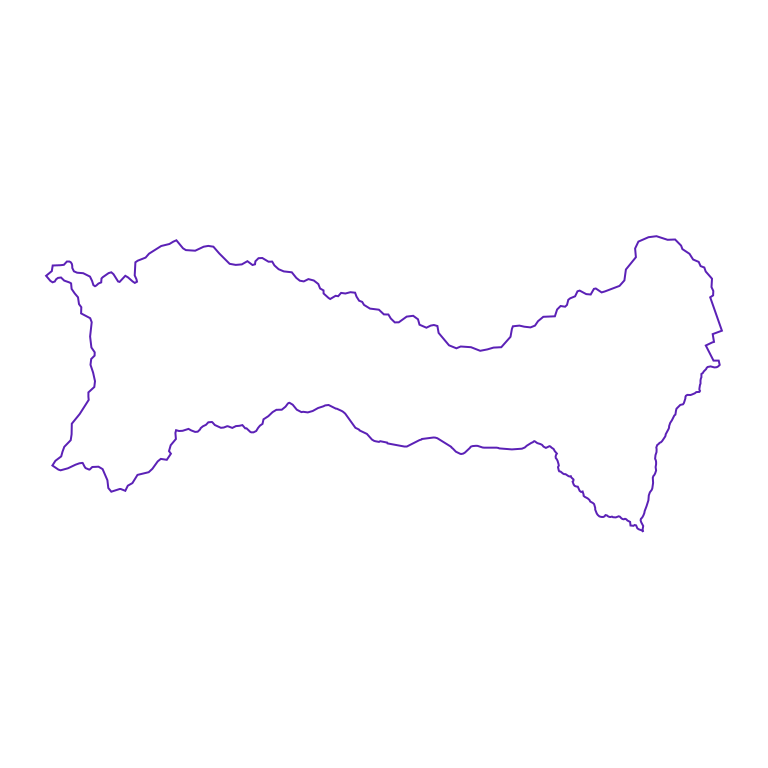 the district of Guichón, Paysandú, Uruguay
{"feature_id": "84410073B13799426117968", "entity_name": "Guichón", "entity_type": "district", "adm_level": 2, "iso_a3": "URY", "parent_name": "Uruguay", "parent_adm1": "Paysandú", "projection": "robinson", "projection_center": [-56.915, -32.321], "detail": "fine", "context": "isolated", "style": "outline", "palette": "violet", "viewbox_px": 768, "rotation_deg": 0, "n_neighbors": 0, "source": "geoboundaries", "source_scale": "gbopen_adm2", "svg_char_len": 6056}
<svg xmlns="http://www.w3.org/2000/svg" viewBox="0 0 768 768"><path d="M390.8,318.5L388.4,314.5L383.9,314.4L378.9,309.7L370.0,308.6L364.0,304.9L362.2,301.9L359.1,300.7L356.5,296.6L355.1,292.7L350.4,292.2L345.4,293.5L341.1,292.9L338.2,296.2L335.6,295.8L330.2,299.0L328.6,298.0L323.6,293.5L323.5,290.4L320.1,288.5L318.3,284.0L313.8,280.5L308.4,279.1L303.8,281.4L299.8,280.7L296.3,277.9L291.8,272.3L283.8,271.4L278.6,269.2L274.4,265.4L272.2,261.6L268.5,261.7L262.3,258.0L258.5,258.2L255.4,261.3L255.0,264.3L252.5,265.0L247.4,261.2L241.8,264.4L235.7,264.9L229.6,263.8L219.3,253.5L213.4,246.7L208.3,245.9L203.7,246.7L195.2,250.7L185.9,250.1L183.0,248.3L176.4,240.3L173.4,241.6L169.4,244.0L161.2,246.0L149.0,253.7L145.6,257.6L137.7,260.7L135.4,262.3L134.7,275.4L136.5,279.4L137.0,281.7L134.8,282.9L132.7,281.5L127.9,277.3L125.3,275.8L119.6,281.9L118.1,281.5L113.5,274.2L111.3,272.3L108.6,273.1L102.6,277.3L101.5,278.5L101.2,282.4L98.5,283.5L96.3,285.5L95.0,286.2L93.4,285.1L92.1,281.0L90.0,276.6L83.2,273.2L77.1,272.7L73.9,271.3L72.3,268.0L72.2,265.5L71.8,263.8L70.8,262.3L69.4,261.5L66.9,261.5L63.9,264.8L60.6,265.2L52.7,265.5L51.8,271.1L46.1,275.8L50.4,280.9L52.6,282.3L54.8,281.5L56.1,279.3L58.0,277.9L61.0,277.5L64.2,280.6L69.6,282.5L71.1,283.4L71.6,288.9L74.7,293.4L78.0,297.3L79.0,304.1L81.3,307.2L81.1,313.4L90.2,318.2L91.7,322.2L90.1,336.5L91.4,347.5L94.7,352.3L94.6,355.6L91.2,359.0L90.5,364.8L93.1,372.6L95.0,381.2L94.3,387.0L88.4,392.4L88.4,396.7L88.7,399.9L79.7,414.0L71.8,423.7L71.6,434.3L70.7,440.2L64.3,446.8L62.5,451.7L61.2,456.4L55.4,460.8L52.4,465.5L58.4,469.6L60.6,470.3L67.9,468.3L75.5,464.7L79.4,463.3L82.3,462.9L82.7,463.0L84.6,466.7L85.6,468.1L89.2,469.6L89.7,469.5L92.3,467.0L98.5,466.7L102.6,469.1L107.4,480.2L108.3,488.0L111.3,491.7L119.7,489.0L120.7,489.0L125.3,490.8L127.8,485.7L132.4,483.1L137.5,474.9L148.7,472.2L152.4,468.8L157.7,461.4L160.8,458.9L166.8,459.8L170.9,453.7L169.0,451.1L170.7,445.2L175.9,439.0L175.4,432.9L176.1,430.2L179.0,431.0L182.6,430.8L188.5,428.9L191.2,430.4L195.1,431.9L197.7,431.7L200.0,429.5L200.7,428.1L202.9,426.3L206.0,424.8L208.3,422.3L211.9,422.0L212.4,422.3L214.8,425.0L220.9,427.8L223.8,427.5L227.2,426.2L228.3,426.4L232.3,427.9L235.9,426.1L239.4,425.8L242.4,425.1L245.2,428.3L246.5,428.3L250.3,431.9L251.2,432.3L253.6,432.3L256.2,431.0L258.1,427.9L260.0,425.6L262.5,423.9L263.5,419.3L268.3,416.2L272.6,412.1L276.4,409.8L281.8,409.7L285.5,406.7L287.9,403.5L288.6,403.0L289.5,402.8L292.7,404.7L296.8,409.7L301.4,412.1L303.2,411.8L307.8,412.4L312.7,411.0L318.1,408.0L323.4,406.3L325.2,405.4L328.6,405.0L336.0,408.7L336.8,408.7L341.8,411.0L343.1,411.8L345.2,413.6L355.4,427.8L358.3,429.2L359.3,429.8L359.5,430.4L366.9,433.9L372.0,439.6L374.2,440.9L375.7,441.3L379.0,441.9L380.2,441.2L387.2,442.6L387.5,443.4L404.2,446.5L406.9,446.5L419.5,440.1L421.5,439.5L421.9,439.0L433.5,437.5L435.2,437.6L437.3,438.2L451.3,446.9L451.4,447.4L452.9,448.6L455.9,451.7L460.2,453.8L461.2,454.0L463.2,453.6L464.9,452.6L469.7,448.1L470.8,446.7L472.5,446.1L476.0,445.8L477.7,445.9L482.6,447.5L484.5,447.7L496.8,447.7L498.6,448.0L499.2,448.4L511.9,449.4L521.9,448.7L524.8,447.5L526.8,445.7L531.3,442.9L532.9,442.2L533.9,441.3L534.6,441.2L537.3,443.1L540.5,444.1L542.1,444.9L543.5,446.6L545.9,447.9L549.4,446.2L550.4,446.5L551.5,447.6L553.6,449.0L554.8,451.2L556.9,453.6L556.1,454.8L555.6,456.5L555.8,458.1L556.8,459.3L557.6,460.9L558.5,464.0L558.8,465.6L558.0,467.1L558.7,470.2L559.2,471.3L560.6,471.6L562.9,473.5L564.0,474.1L565.6,474.2L568.6,476.2L569.8,476.5L570.8,476.2L571.3,477.4L573.5,479.5L573.4,480.8L572.6,481.6L573.7,484.6L574.6,485.8L576.3,486.5L577.8,486.7L579.7,490.9L581.2,492.0L582.6,491.5L583.6,494.6L583.6,495.8L584.7,496.8L587.7,498.4L589.5,500.0L590.2,501.5L592.9,503.0L594.1,504.1L595.2,507.9L595.2,509.6L596.8,513.6L597.8,515.0L599.4,516.4L601.2,516.9L603.1,517.0L604.5,516.4L605.5,515.1L606.9,515.4L608.0,516.3L609.3,516.9L610.5,517.0L612.0,516.6L613.0,517.2L615.8,517.4L618.7,516.3L619.9,516.7L621.2,518.1L622.4,519.0L623.8,519.3L625.0,518.8L626.3,519.3L627.4,520.5L630.1,521.9L630.5,525.5L633.5,525.8L634.6,525.0L636.1,525.4L637.4,528.4L639.0,529.4L641.9,530.4L643.2,531.8L642.6,529.5L643.2,526.0L641.2,522.2L640.6,520.4L640.9,518.9L642.3,517.4L643.4,515.4L644.3,513.1L644.7,511.0L646.5,506.3L648.4,500.3L648.8,495.4L649.9,492.3L651.7,489.9L652.3,488.4L653.1,482.9L652.8,477.7L653.4,476.0L654.3,475.0L655.1,473.5L656.1,470.5L655.6,467.1L656.1,464.2L656.1,461.9L655.8,460.3L655.1,458.7L655.5,455.1L656.5,452.1L656.6,449.0L656.3,447.6L656.8,446.1L657.3,444.9L658.6,444.0L659.5,442.9L661.0,442.2L662.1,441.1L665.0,436.8L665.5,435.8L665.7,434.3L668.6,428.9L669.1,427.5L669.1,426.2L670.2,422.9L671.9,420.3L674.3,415.5L675.4,414.6L676.0,410.6L676.5,408.7L680.3,404.9L683.0,404.3L683.8,403.2L684.4,401.5L685.4,398.3L685.4,397.0L685.9,395.8L687.3,394.9L690.5,395.0L691.7,394.6L694.8,393.3L696.3,392.1L699.4,391.9L700.0,390.9L699.4,389.7L699.4,388.6L700.0,384.8L700.5,383.7L700.5,380.4L700.9,378.4L701.4,377.3L701.4,374.0L702.9,372.9L703.7,371.5L706.1,369.1L706.6,368.0L707.6,367.0L710.6,366.4L714.3,367.4L716.1,367.3L717.4,366.9L718.4,366.2L719.7,364.9L718.7,360.6L713.5,360.6L705.8,345.5L712.3,342.4L714.0,341.9L712.7,334.1L721.9,330.7L710.2,297.3L713.1,295.4L713.3,291.0L711.5,287.1L712.0,278.7L705.7,271.5L704.3,267.5L700.6,266.1L698.7,261.9L693.1,259.5L689.5,253.8L682.4,249.1L681.1,245.6L675.1,239.5L667.6,239.8L656.5,236.2L648.5,237.2L638.4,241.6L635.1,248.5L635.9,257.2L625.9,269.5L624.4,280.4L619.5,285.9L604.7,291.5L601.6,292.4L595.8,288.5L593.9,288.9L590.7,294.5L586.2,294.1L579.7,290.6L577.5,291.3L575.1,296.3L570.2,298.3L568.3,299.8L567.0,304.9L565.1,306.7L560.6,306.0L557.1,309.5L554.9,316.3L543.3,316.8L538.0,321.2L535.0,325.6L530.5,327.4L524.3,326.7L519.4,325.6L512.9,326.3L511.9,329.0L510.5,336.8L501.3,347.2L493.5,347.6L487.4,349.4L480.2,350.8L471.0,347.2L460.7,346.5L456.4,348.3L449.0,345.3L438.6,332.9L437.4,326.0L433.9,325.0L430.7,325.6L426.4,327.7L419.5,324.7L418.0,319.3L413.2,315.8L406.7,316.6L398.8,322.3L394.8,322.4L390.8,318.5Z" fill="none" stroke="#5b21b6" stroke-width="2"/></svg>